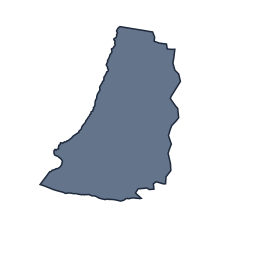 outline of Ledzokuku Municipal, Greater Accra, Ghana, rotated 32°
{"feature_id": "2480657B94892111901595", "entity_name": "Ledzokuku Municipal", "entity_type": "district", "adm_level": 2, "iso_a3": "GHA", "parent_name": "Ghana", "parent_adm1": "Greater Accra", "projection": "albers", "projection_center": [-0.125, 5.602], "detail": "fine", "context": "isolated", "style": "filled", "palette": "slate", "viewbox_px": 256, "rotation_deg": 32, "n_neighbors": 0, "source": "geoboundaries", "source_scale": "gbopen_adm2", "svg_char_len": 3146}
<svg xmlns="http://www.w3.org/2000/svg" viewBox="0 0 256 256"><g transform="rotate(32 128 128)"><path d="M67.4,46.3L66.6,48.8L66.8,51.5L67.2,52.2L67.5,52.4L68.3,52.5L68.8,53.4L68.8,54.8L69.4,55.4L70.0,57.9L69.2,58.9L68.9,59.5L68.8,60.2L69.6,60.8L70.9,61.0L71.1,61.8L71.5,62.3L71.7,63.1L73.2,64.4L73.3,65.0L72.9,66.3L73.1,67.7L72.1,69.7L73.6,71.4L74.0,72.0L74.2,72.9L73.9,75.1L74.4,77.1L74.8,79.1L74.8,80.4L74.9,81.8L75.2,82.1L75.7,82.6L75.8,84.1L76.0,85.6L76.1,86.0L77.1,86.6L77.7,86.8L78.3,87.1L79.3,88.5L80.0,88.5L80.5,89.2L81.0,90.6L80.8,91.1L80.2,91.7L80.7,93.5L80.6,94.2L80.9,96.9L80.6,97.5L82.2,100.4L82.2,101.0L81.9,101.6L81.9,102.8L82.3,103.6L82.1,104.5L82.1,105.0L82.2,105.7L82.1,106.9L82.2,107.5L82.4,108.6L82.9,109.0L83.3,109.8L84.2,110.8L84.1,111.7L84.1,115.1L84.8,117.9L85.7,119.2L85.7,121.3L85.8,122.0L86.3,123.2L87.6,125.8L88.0,126.7L88.1,127.6L88.0,128.0L87.9,129.2L88.8,129.9L88.6,131.0L89.1,132.5L88.2,133.6L88.2,134.1L88.7,134.7L88.9,135.5L88.5,136.9L88.9,138.1L88.8,138.7L88.7,139.4L88.6,141.0L88.7,142.6L88.4,143.7L88.9,146.3L88.4,149.0L88.2,150.0L88.3,151.6L88.6,152.7L88.9,153.7L88.9,154.3L88.2,156.0L88.1,156.8L88.5,157.2L88.4,158.1L85.8,163.8L85.5,165.7L85.0,167.7L84.5,168.9L83.9,170.6L83.1,171.2L82.8,172.4L82.2,173.1L81.7,173.3L81.3,173.7L81.3,174.5L80.7,174.9L80.3,175.7L79.6,175.8L78.7,176.2L78.6,176.8L79.1,177.5L79.1,178.7L78.5,179.3L79.0,180.4L79.1,181.2L80.2,182.3L79.0,183.8L78.9,184.7L78.3,184.9L77.7,184.7L77.4,184.9L77.5,185.8L77.3,186.6L78.0,187.7L78.4,188.3L79.0,189.0L79.4,189.3L80.5,189.8L82.1,189.5L83.6,189.2L85.2,189.5L86.7,189.6L88.0,189.9L89.3,190.4L89.9,190.7L90.4,192.5L91.0,193.3L91.1,194.5L91.2,195.8L91.0,196.7L90.9,197.5L90.5,198.5L89.5,200.0L88.6,200.6L87.7,202.3L86.2,203.9L85.9,204.6L85.7,205.9L84.8,206.6L84.6,208.2L84.5,210.3L83.4,222.5L88.4,221.3L90.4,221.0L93.1,220.5L94.6,220.3L96.1,220.0L97.0,219.9L97.9,219.6L99.4,219.2L100.3,219.0L101.1,218.7L101.8,218.6L102.5,218.2L103.5,218.1L104.9,217.5L105.6,217.4L106.2,217.0L106.9,217.0L107.6,216.8L108.6,216.7L109.4,216.7L110.3,216.1L111.7,214.8L112.0,214.7L113.8,213.6L116.5,212.6L119.1,211.0L121.2,210.4L122.6,209.7L124.3,209.1L124.9,208.4L125.2,208.2L125.7,207.9L126.2,207.9L126.6,207.7L127.5,206.7L128.3,206.5L129.8,205.3L130.5,205.1L131.0,204.9L131.9,204.8L133.4,204.7L135.0,203.6L136.0,203.2L137.7,202.9L140.6,202.8L143.7,201.9L145.0,201.3L146.5,200.9L147.8,199.4L149.8,198.6L150.9,197.9L152.2,197.1L155.2,195.7L158.6,194.5L160.1,194.1L162.6,191.7L163.3,190.0L163.7,189.0L164.6,188.2L165.6,187.9L166.8,187.0L168.3,185.3L170.5,184.0L172.7,183.0L173.7,182.3L175.1,181.8L175.9,181.2L176.5,180.6L168.8,179.2L168.8,174.3L172.1,171.8L175.8,168.9L178.7,168.9L182.4,166.1L179.1,161.9L180.3,158.7L187.7,156.6L189.4,155.4L186.1,149.2L186.9,141.4L182.8,135.6L175.4,128.2L174.1,122.9L173.3,118.7L166.3,113.0L164.7,107.2L163.8,102.7L165.1,96.5L165.5,92.4L159.7,85.0L156.8,84.2L152.7,82.5L148.2,80.5L147.8,78.0L147.8,69.0L147.8,64.8L147.8,60.7L142.4,55.4L137.1,54.1L131.7,49.2L129.7,44.3L126.0,36.4L123.5,38.1L119.4,40.2L116.1,36.4L109.9,39.3L104.2,40.6L102.5,36.9L98.0,33.5L67.4,46.3Z" fill="#64748b" stroke="#1e293b" stroke-width="1.5"/></g></svg>